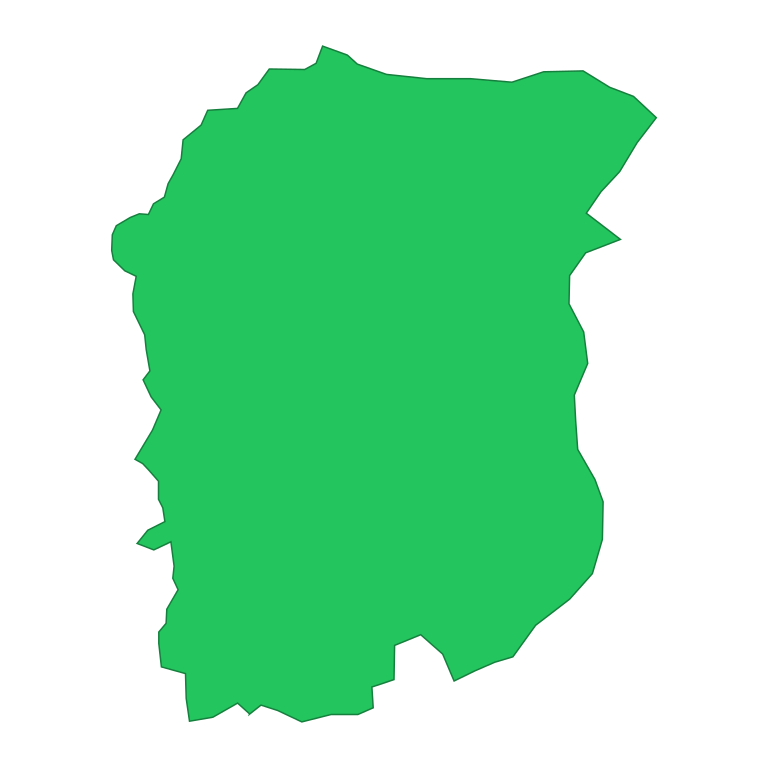 Agios Dimitrianos, Paphos, Cyprus
{"feature_id": "46923920B5099414499518", "entity_name": "Agios Dimitrianos", "entity_type": "district", "adm_level": 2, "iso_a3": "CYP", "parent_name": "Cyprus", "parent_adm1": "Paphos", "projection": "orthographic", "projection_center": [32.548, 34.902], "detail": "fine", "context": "isolated", "style": "filled", "palette": "green", "viewbox_px": 768, "rotation_deg": 0, "n_neighbors": 0, "source": "geoboundaries", "source_scale": "gbopen_adm2", "svg_char_len": 1387}
<svg xmlns="http://www.w3.org/2000/svg" viewBox="0 0 768 768"><path d="M347.4,55.1L322.6,46.1L316.1,63.3L304.7,69.5L269.3,69.0L257.9,84.7L246.1,92.8L237.5,108.4L207.7,110.3L201.1,125.1L183.1,139.8L181.2,158.8L173.2,174.6L168.1,183.7L164.4,197.1L153.5,203.8L148.4,214.5L139.3,213.8L130.2,217.5L116.3,225.7L112.3,234.8L111.7,250.4L113.5,259.8L124.8,270.8L136.2,276.3L132.9,293.9L133.4,311.5L144.7,334.8L146.2,349.5L149.9,370.9L143.1,379.8L151.2,397.0L161.1,409.9L152.5,430.1L135.0,459.3L142.7,463.6L148.7,470.0L158.5,481.2L158.5,499.3L162.8,507.8L164.9,521.6L147.8,530.2L137.1,543.5L153.8,549.9L170.9,541.8L174.1,566.2L172.8,578.3L178.1,589.7L166.8,609.2L166.1,623.3L158.8,632.0L158.8,643.4L161.4,666.9L185.5,673.6L186.2,698.4L189.5,721.2L212.9,717.2L237.6,703.1L249.6,713.9L249.5,714.2L261.0,705.1L277.7,710.5L301.8,721.9L331.1,714.5L357.9,714.5L373.2,707.8L371.9,687.0L394.0,679.6L394.6,645.4L420.7,634.7L442.7,654.1L454.1,681.0L474.8,670.9L494.8,662.2L496.6,661.7L512.9,656.8L535.6,625.3L569.7,599.1L592.4,573.6L602.4,539.3L603.1,501.8L595.0,479.6L577.7,449.4L575.7,421.2L574.3,395.1L587.7,363.5L583.7,332.0L569.0,303.8L569.6,275.6L585.7,252.8L620.4,239.4L586.3,213.2L601.0,191.7L619.7,171.6L637.1,142.7L656.3,117.7L633.5,96.4L609.7,87.3L583.1,70.9L543.6,71.8L511.9,82.2L470.7,78.7L426.9,78.7L386.5,74.4L357.3,64.1L347.4,55.1Z" fill="#22c55e" stroke="#15803d" stroke-width="1.5"/></svg>